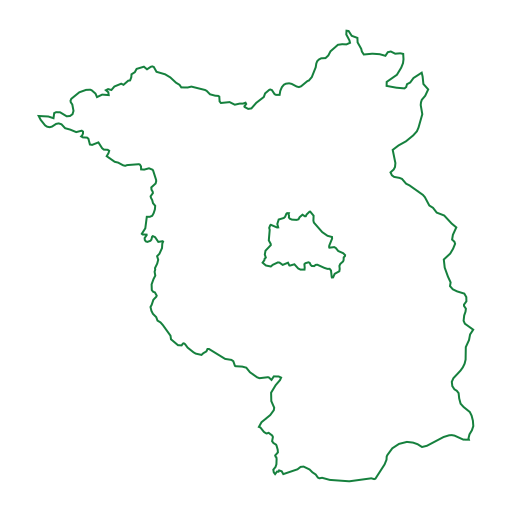 outline of Brandenburg
{"feature_id": "DEU-3487", "entity_name": "Brandenburg", "entity_type": "State", "adm_level": 1, "iso_a3": "DEU", "parent_name": "Germany", "parent_adm1": "", "projection": "orthographic", "projection_center": [13.043, 52.446], "detail": "fine", "context": "isolated", "style": "outline", "palette": "green", "viewbox_px": 512, "rotation_deg": 0, "n_neighbors": 0, "source": "natural_earth", "source_scale": "10m", "svg_char_len": 5977}
<svg xmlns="http://www.w3.org/2000/svg" viewBox="0 0 512 512"><path d="M451.6,223.5L456.3,227.4L452.9,234.8L452.1,239.6L454.4,241.7L455.1,243.8L453.1,248.7L450.2,253.6L443.8,259.5L444.7,267.6L447.9,276.5L450.6,282.4L450.0,286.1L452.8,289.3L457.1,291.4L464.3,293.6L466.3,297.1L466.4,301.3L464.0,304.6L464.0,305.9L465.9,308.7L465.5,311.7L464.2,315.4L463.6,320.8L464.9,323.7L473.2,329.7L470.1,334.4L469.0,340.1L465.8,347.1L465.6,359.6L464.6,363.7L462.8,367.4L460.5,370.6L453.4,378.2L451.8,381.8L452.3,386.1L454.4,389.3L456.8,390.8L458.6,393.1L459.2,398.5L460.6,403.7L463.6,407.0L469.8,412.0L471.6,415.6L472.9,420.7L473.3,426.1L471.9,430.3L469.5,434.3L468.5,438.3L468.9,439.7L463.3,439.6L454.5,435.6L451.7,435.1L449.1,435.3L443.6,437.0L426.9,445.8L422.0,447.0L417.6,444.2L413.0,442.6L406.9,441.9L399.0,443.9L392.3,448.3L387.4,455.0L386.7,456.5L386.5,459.7L384.6,464.4L375.4,478.7L374.1,479.1L371.3,478.3L349.3,481.3L329.8,479.9L322.1,477.8L319.4,478.3L317.9,477.6L315.7,474.5L312.4,472.3L309.6,469.5L303.6,466.6L300.6,466.9L297.5,469.3L283.3,474.1L281.7,471.3L279.1,470.4L278.5,471.7L277.1,471.5L275.1,474.1L273.8,472.4L273.3,469.7L275.5,467.0L276.4,464.3L276.6,459.1L276.4,457.4L275.6,456.7L275.2,455.4L277.9,452.4L277.7,449.7L276.5,445.5L276.1,444.7L273.4,443.0L272.1,441.2L272.9,437.0L272.2,435.5L268.6,432.8L266.7,433.5L265.7,433.1L263.9,431.9L260.4,427.5L258.9,426.9L261.5,422.2L270.2,415.1L273.8,410.2L274.2,407.7L271.3,401.1L271.1,392.7L275.7,385.1L280.0,380.1L281.1,377.6L278.7,376.5L273.8,376.4L271.5,379.9L268.8,377.4L267.9,377.2L259.5,378.2L257.1,377.3L250.0,372.3L246.3,367.7L242.3,366.6L235.5,366.2L234.9,365.8L233.3,361.2L231.4,359.9L225.1,358.9L209.0,349.0L207.5,349.0L206.4,351.4L203.3,353.2L201.5,354.9L195.7,353.6L193.5,352.3L187.6,347.6L185.1,344.2L183.8,343.3L182.9,343.6L181.6,345.4L178.0,345.2L171.0,339.3L170.5,335.7L162.8,325.0L160.5,322.4L157.5,320.6L156.2,317.1L152.9,313.8L151.4,310.8L150.5,307.0L151.7,304.8L153.4,299.7L156.3,296.7L156.7,295.6L154.9,292.4L153.2,291.8L151.8,290.1L151.6,284.4L153.5,279.1L155.3,275.6L154.6,271.8L155.2,269.6L155.0,268.1L157.2,263.6L158.2,259.8L157.1,256.2L159.4,253.8L162.0,248.1L162.3,243.6L163.1,241.6L162.6,241.2L158.3,241.9L155.1,237.2L152.8,236.1L152.1,236.7L151.4,239.6L150.4,240.8L147.4,241.9L145.8,241.4L144.8,239.9L144.6,238.1L146.7,235.1L146.6,234.6L142.6,234.5L141.8,233.8L145.3,228.3L146.8,216.8L149.8,216.8L152.2,215.8L153.6,213.3L154.9,209.4L155.2,205.8L153.0,203.2L152.2,200.1L151.0,197.9L150.6,196.3L152.9,193.1L152.7,191.7L151.5,189.7L151.3,187.4L155.6,183.5L156.2,181.2L156.1,179.9L153.1,170.5L152.5,169.7L149.0,168.3L144.2,169.6L141.1,169.4L141.0,166.4L139.9,164.6L138.9,164.2L127.1,165.1L125.2,165.8L123.1,165.3L118.1,162.6L114.7,161.8L106.7,156.2L108.5,153.1L109.2,150.8L107.7,149.8L103.8,149.6L102.1,148.2L98.4,142.4L92.1,144.9L89.9,144.5L88.4,138.7L87.0,137.6L82.9,137.4L81.2,136.4L82.2,135.4L83.0,133.5L83.0,131.6L81.7,130.7L76.2,132.1L70.2,129.6L65.1,128.2L61.5,124.3L58.7,123.4L56.1,123.9L52.0,126.6L49.7,127.2L47.1,126.7L45.1,125.4L40.7,119.9L38.7,116.0L48.3,116.5L53.5,118.2L54.2,113.1L56.1,112.2L60.1,112.3L66.7,116.3L70.0,116.0L72.5,114.2L73.5,110.9L72.3,104.5L70.8,102.3L70.5,100.8L71.3,98.8L79.3,92.3L86.0,89.9L90.2,89.7L91.7,90.3L95.5,93.6L97.0,97.1L102.2,94.6L108.7,95.1L108.3,92.2L105.9,90.2L108.1,89.1L111.4,90.0L114.4,86.5L121.2,83.7L123.5,84.8L128.2,80.7L130.1,80.4L131.3,77.2L131.5,74.3L134.8,72.2L136.6,68.9L143.9,66.7L147.0,69.3L150.8,66.8L152.3,66.4L153.8,67.0L156.5,71.8L165.1,74.3L170.3,77.4L176.0,82.7L179.5,84.8L181.3,87.4L187.6,87.5L191.4,86.6L205.1,90.0L206.7,90.9L210.0,94.3L215.2,95.7L218.2,95.9L219.3,96.6L219.6,101.4L220.9,103.0L229.6,102.1L234.8,104.7L239.7,103.6L243.0,103.6L245.5,102.7L246.2,104.0L244.4,106.3L244.6,107.0L248.2,108.9L251.4,108.4L256.3,102.8L263.8,97.0L265.1,93.4L269.2,89.9L270.2,89.5L271.9,90.1L274.6,94.2L276.1,94.9L279.6,94.9L280.3,90.8L281.9,87.1L283.9,84.7L285.9,83.7L289.1,83.3L291.7,83.9L296.6,86.5L298.9,87.1L301.1,86.3L307.5,81.0L308.8,80.6L311.8,77.1L315.7,67.3L316.3,63.5L317.2,61.2L318.9,59.5L321.2,58.3L325.5,58.1L328.3,55.5L330.5,51.3L337.9,44.8L342.2,44.2L346.4,44.4L350.0,42.8L349.4,40.3L346.3,34.5L346.5,30.7L348.6,31.0L351.7,35.8L357.4,37.9L357.6,42.4L361.2,48.8L361.9,51.6L363.8,54.5L372.4,53.7L379.7,54.2L385.4,55.8L387.8,52.2L390.8,51.5L395.2,53.7L400.3,53.3L403.2,53.9L403.5,59.3L403.0,63.2L401.2,67.7L396.9,74.8L386.7,81.9L386.6,85.9L396.4,87.7L404.5,88.4L406.2,87.0L407.0,84.2L410.2,82.5L413.5,78.0L421.7,72.7L422.6,76.5L423.4,84.0L428.2,89.4L425.2,95.8L421.8,99.8L421.0,102.3L420.7,105.0L422.3,114.2L418.5,127.6L416.9,131.3L413.2,135.4L406.0,141.3L398.6,145.4L392.7,149.9L395.4,163.1L395.0,167.0L393.7,169.5L390.5,172.4L391.9,175.3L394.1,176.9L399.5,177.9L402.0,178.9L406.1,183.7L409.5,185.4L422.9,194.9L424.9,197.2L429.3,205.5L433.0,207.8L436.7,212.6L444.2,215.5L451.6,223.5ZM329.4,247.7L329.1,247.0L329.3,245.5L332.1,238.6L332.0,237.0L327.5,235.8L322.2,232.1L313.9,222.6L313.4,220.7L313.6,215.7L310.2,211.6L309.5,211.7L306.6,214.5L305.8,216.2L304.9,216.3L302.5,214.7L299.6,217.2L298.5,219.3L296.6,219.9L291.9,219.6L289.8,218.7L288.9,217.5L289.0,215.6L288.5,214.3L288.9,213.2L287.2,213.1L286.4,213.7L285.1,216.8L283.8,218.0L278.7,219.5L277.3,224.0L278.2,227.4L277.1,227.5L270.8,224.8L270.2,225.3L269.2,227.9L269.7,229.8L268.8,240.4L270.7,243.9L270.8,245.1L265.5,250.7L264.8,254.5L265.8,257.6L264.6,258.8L264.4,260.1L262.6,262.7L265.9,265.5L270.8,266.5L272.8,264.8L277.9,262.4L279.5,262.6L282.7,264.9L288.0,262.7L289.3,265.4L289.9,265.6L294.4,264.3L298.2,268.5L300.5,269.6L304.5,269.6L304.7,267.7L304.4,264.2L305.4,263.2L308.5,262.3L309.7,262.9L310.7,265.0L311.8,266.0L314.2,266.1L315.6,264.9L317.3,264.7L324.4,267.9L327.5,268.9L329.6,268.8L331.0,270.5L331.7,276.9L331.9,277.5L333.1,277.4L334.7,273.8L339.3,271.3L339.7,269.0L339.4,265.9L340.3,263.9L343.1,261.4L343.6,260.0L343.7,257.4L344.9,256.2L345.1,255.1L343.2,253.2L338.2,251.0L335.8,248.0L334.2,247.1L329.4,247.7Z" fill="none" stroke="#15803d" stroke-width="2"/></svg>